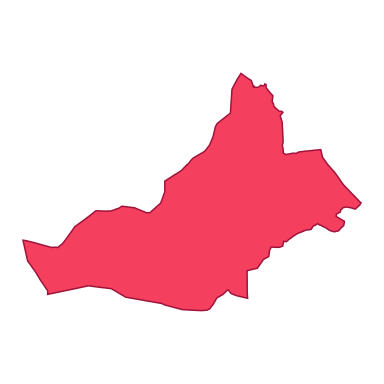 the district of Al Ma'afer, Ta`izz, Yemen
{"feature_id": "15242507B70536042027816", "entity_name": "Al Ma'afer", "entity_type": "district", "adm_level": 2, "iso_a3": "YEM", "parent_name": "Yemen", "parent_adm1": "Ta`izz", "projection": "natural_earth1", "projection_center": [43.973, 13.376], "detail": "fine", "context": "isolated", "style": "filled", "palette": "rose", "viewbox_px": 384, "rotation_deg": 0, "n_neighbors": 0, "source": "geoboundaries", "source_scale": "gbopen_adm2", "svg_char_len": 3641}
<svg xmlns="http://www.w3.org/2000/svg" viewBox="0 0 384 384"><path d="M47.6,294.4L48.1,294.3L65.1,290.7L67.0,290.3L69.2,289.9L84.3,286.7L88.3,285.8L102.9,287.7L104.4,287.8L111.4,288.7L125.7,297.2L140.7,299.8L147.6,301.1L149.2,301.3L158.8,303.0L161.7,303.5L164.6,304.9L174.3,307.5L178.4,308.6L181.2,309.3L182.1,309.6L184.2,309.7L185.5,309.8L192.6,310.2L201.3,310.6L207.0,310.2L207.5,309.9L209.7,308.9L211.8,306.1L213.1,304.5L215.3,300.7L216.9,297.9L222.6,294.7L226.2,291.4L227.5,290.0L228.3,290.0L230.2,292.4L231.0,293.5L236.3,295.6L239.5,296.4L241.5,296.9L242.3,297.0L247.6,298.3L247.5,297.0L247.2,291.8L247.2,281.2L247.2,279.9L247.2,279.2L247.1,274.3L247.1,270.7L257.4,268.2L261.8,261.9L262.3,261.1L263.5,259.4L268.8,256.5L269.6,250.2L271.4,247.0L274.4,247.3L279.5,247.3L282.7,246.1L282.9,245.3L283.7,241.3L285.6,241.6L286.4,241.7L288.5,239.8L290.8,238.1L293.4,236.1L297.8,233.4L299.1,232.9L300.9,232.2L301.2,232.1L302.7,231.5L305.0,230.5L306.4,229.9L308.5,229.9L310.1,229.6L311.2,229.3L312.5,227.1L313.7,225.8L315.3,225.3L317.4,223.7L319.7,225.0L321.3,225.5L323.3,226.8L324.6,227.1L325.0,227.4L326.8,228.5L327.3,228.9L330.0,230.6L330.6,230.8L333.8,231.7L334.5,231.8L338.6,230.8L338.8,230.6L340.9,228.1L343.7,225.6L344.5,221.4L336.2,216.4L336.4,214.2L340.4,211.9L340.6,210.2L343.0,207.8L343.2,207.7L346.2,207.0L348.1,207.3L348.7,207.4L351.0,207.8L355.2,209.1L359.7,205.1L361.0,202.8L360.7,202.7L360.3,202.3L356.3,198.1L354.8,196.5L352.5,194.2L350.6,192.2L349.0,190.5L348.7,190.2L345.2,186.6L344.9,186.2L343.4,184.7L340.7,180.9L338.4,177.5L335.1,172.9L334.7,172.4L334.4,172.0L332.4,169.8L330.5,167.7L330.2,167.3L327.7,164.5L327.2,163.8L325.3,161.1L325.2,161.0L322.5,157.2L320.8,149.6L315.7,150.1L314.7,150.2L312.3,150.5L310.2,150.7L307.3,151.0L305.1,151.2L304.6,151.2L304.3,151.3L299.3,151.9L298.5,152.1L296.5,153.3L293.1,153.2L291.2,153.5L290.0,153.8L287.5,154.2L287.4,154.3L286.2,154.5L285.3,154.1L285.0,154.0L283.4,153.2L283.2,150.7L283.1,149.1L283.1,148.9L282.3,145.1L283.1,142.7L283.1,141.7L283.1,140.8L282.8,135.0L282.8,134.2L282.8,133.7L282.5,128.5L282.4,127.0L282.2,122.3L282.2,122.2L281.9,121.4L280.8,117.8L280.2,115.8L282.9,112.4L282.0,111.4L279.0,111.1L274.0,106.5L273.4,103.7L272.2,101.6L272.9,95.8L272.8,95.6L270.4,93.1L267.5,89.5L266.1,87.5L266.1,87.0L266.1,86.5L266.1,85.9L266.1,85.0L266.1,84.6L264.9,83.9L264.1,85.5L262.3,86.0L260.8,85.2L260.0,85.9L258.9,86.9L257.9,87.4L254.2,87.2L254.2,86.5L254.1,86.3L253.7,86.9L253.3,86.8L253.4,86.5L251.3,80.5L250.8,80.2L247.8,78.3L247.2,78.0L241.0,73.4L237.1,79.4L233.8,85.8L233.6,86.1L233.2,86.9L232.8,87.6L232.5,88.2L232.0,89.2L231.8,91.7L231.7,94.1L231.4,98.5L231.1,102.3L230.9,105.4L230.8,107.5L230.4,113.1L230.1,113.3L221.5,120.1L217.1,123.6L215.4,126.8L213.1,136.5L211.0,141.7L209.3,145.4L204.7,151.3L204.4,151.5L204.0,151.7L203.2,152.2L203.0,152.3L202.3,152.7L199.3,154.5L198.4,155.0L197.8,155.3L197.4,155.6L196.6,156.0L196.4,156.2L193.1,158.1L191.7,159.6L191.3,160.0L191.1,160.1L188.5,163.6L186.2,165.4L186.2,165.5L181.4,170.6L181.1,170.7L180.4,171.2L176.3,173.8L176.1,173.9L174.1,175.1L170.3,177.6L166.4,180.1L164.8,181.1L164.8,181.3L164.8,186.6L164.8,191.6L164.6,192.3L162.3,198.7L161.4,201.0L160.7,203.1L149.9,212.7L146.5,212.7L134.9,208.0L134.8,207.8L121.8,206.2L119.0,208.1L118.3,208.4L116.8,208.9L115.8,209.2L115.5,209.3L114.9,209.6L110.7,211.0L103.2,211.1L100.1,210.9L97.2,210.8L95.9,210.8L88.0,217.0L74.8,226.7L71.9,230.9L71.6,231.3L65.4,239.9L62.5,243.7L57.5,247.6L57.1,247.5L56.3,247.2L51.3,247.4L35.0,242.9L26.4,240.7L23.0,240.2L27.6,260.9L28.4,262.0L35.9,272.5L38.0,276.0L40.6,280.4L47.7,290.8L47.6,294.4Z" fill="#f43f5e" stroke="#9f1239" stroke-width="1.5"/></svg>